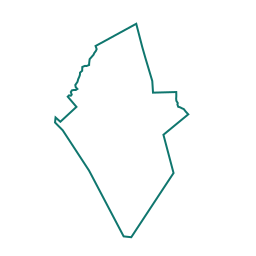 Marcos Parente, Piauí, Brazil (Natural Earth projection), rotated 317°
{"feature_id": "56859067B36922386289934", "entity_name": "Marcos Parente", "entity_type": "district", "adm_level": 2, "iso_a3": "BRA", "parent_name": "Brazil", "parent_adm1": "Piauí", "projection": "natural_earth1", "projection_center": [-43.865, -7.082], "detail": "fine", "context": "isolated", "style": "outline", "palette": "teal", "viewbox_px": 256, "rotation_deg": 317, "n_neighbors": 0, "source": "geoboundaries", "source_scale": "gbopen_adm2", "svg_char_len": 873}
<svg xmlns="http://www.w3.org/2000/svg" viewBox="0 0 256 256"><g transform="rotate(317 128 128)"><path d="M114.4,63.3L112.6,62.2L110.7,62.7L109.6,65.2L108.2,65.4L107.1,63.9L105.3,64.0L104.7,77.4L82.8,77.3L82.2,70.9L78.4,74.2L78.5,78.6L78.7,85.1L70.5,132.4L69.9,134.7L50.9,204.3L55.9,210.1L117.3,195.2L130.6,192.0L149.3,157.1L181.4,159.1L181.4,157.5L181.4,155.3L181.7,152.2L180.9,150.4L180.3,148.6L179.2,146.7L180.2,144.5L181.4,143.7L181.9,141.1L183.2,139.4L184.9,137.8L186.4,136.2L187.8,134.6L170.4,119.2L177.8,110.2L188.7,88.2L193.6,78.6L205.1,57.4L162.5,46.5L160.2,45.9L158.9,48.9L157.2,49.7L154.4,50.2L152.8,50.9L146.9,51.5L145.1,53.0L143.7,54.2L142.5,55.4L140.0,54.4L138.7,53.1L136.2,52.2L133.5,54.9L130.7,54.8L129.0,56.4L127.3,57.3L124.9,58.3L122.5,59.8L118.8,60.6L117.6,62.5L117.6,64.9L115.7,64.6L114.4,63.3Z" fill="none" stroke="#0f766e" stroke-width="2"/></g></svg>